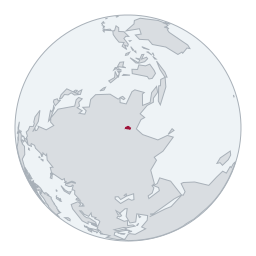 globe centered on Nagaland, rotated 237°
{"feature_id": "IND-2479", "entity_name": "Nagaland", "entity_type": "State", "adm_level": 1, "iso_a3": "IND", "parent_name": "India", "parent_adm1": "", "projection": "orthographic", "projection_center": [94.35, 26.119], "detail": "medium", "context": "on_globe", "style": "filled", "palette": "rose", "viewbox_px": 256, "rotation_deg": 237, "n_neighbors": 0, "source": "natural_earth", "source_scale": "10m", "svg_char_len": 10992}
<svg xmlns="http://www.w3.org/2000/svg" viewBox="0 0 256 256"><g transform="rotate(237 128 128)"><circle cx="128" cy="128" r="113" fill="#eef3f6" stroke="#a8b0b8"/><path d="M173.8,25.1L172.5,24.7L176.1,28.1L180.8,30.9L177.0,29.2L188.2,36.0L192.4,40.3L185.5,34.5L183.1,33.2L184.9,35.5L182.9,34.8L182.6,35.6L180.0,34.6L176.1,31.7L174.4,31.1L175.7,32.8L174.0,33.2L172.3,30.7L169.0,31.2L162.0,27.0L159.5,22.4L153.4,20.5L145.1,17.1L143.7,17.1L139.7,16.3L136.6,16.1L135.9,15.9L134.0,16.0L135.2,16.3L134.8,16.6L133.1,16.6L131.9,16.1L132.6,16.1L131.4,16.0L131.5,15.8L130.5,15.9L129.3,15.6L127.9,16.0L124.8,15.8L124.7,15.6L128.1,15.5L132.1,15.4L140.7,16.1L149.2,17.4L157.6,19.3L165.8,21.9L173.8,25.1ZM184.6,33.2L183.4,32.0L185.2,33.4L184.6,33.2ZM183.0,35.9L184.0,36.5L183.4,36.7L183.0,35.9ZM178.9,35.5L177.6,35.8L178.2,34.9L178.9,35.5ZM129.2,15.4L128.2,15.4L123.3,15.5L129.2,15.4ZM176.5,35.6L173.5,36.6L175.5,37.9L168.3,35.0L173.2,34.9L173.6,33.6L174.8,34.9L176.5,35.6ZM136.3,16.4L135.0,16.1L137.7,16.4L136.3,16.4ZM138.2,16.6L147.1,17.8L148.3,18.5L145.0,17.9L147.8,19.0L143.9,18.7L141.6,18.1L141.6,17.6L140.1,17.9L138.2,16.6ZM164.8,33.3L163.5,33.2L164.2,32.8L164.8,33.3ZM134.8,16.7L136.5,16.8L137.6,17.4L134.4,17.3L135.1,17.1L134.8,16.7ZM150.4,19.5L150.7,20.1L147.6,20.0L147.3,20.2L144.0,18.8L150.4,19.5ZM134.0,17.0L132.7,17.3L130.7,17.1L133.2,16.7L134.0,17.0ZM139.3,17.6L139.6,17.9L138.4,17.7L139.3,17.6ZM122.6,16.9L124.6,16.8L125.3,17.1L122.6,16.9ZM132.4,17.5L133.2,17.5L133.7,17.7L132.5,17.9L132.4,17.5ZM142.0,18.9L140.7,18.8L143.3,19.5L141.1,19.6L139.2,18.7L139.1,19.1L138.4,19.2L137.7,18.4L142.0,18.9ZM132.8,18.6L129.7,17.7L125.8,17.8L125.0,17.5L131.5,17.5L132.8,18.6ZM135.7,18.5L133.8,18.5L133.8,18.0L135.2,17.8L135.7,18.5ZM140.2,20.1L144.1,20.1L144.3,20.3L140.2,20.1ZM131.7,18.6L132.4,18.9L131.4,18.7L131.7,18.6ZM137.6,19.7L138.9,19.6L139.2,19.9L137.6,19.7ZM132.9,19.4L131.9,19.1L132.8,18.9L132.9,19.4ZM135.0,19.6L135.1,20.0L133.7,19.0L135.6,19.5L135.0,19.6ZM137.6,19.9L138.2,20.0L137.1,19.9L137.6,19.9ZM130.0,20.6L128.1,19.4L130.1,18.9L131.7,20.0L130.0,20.6ZM33.5,66.7L38.1,61.7L36.5,65.1L38.8,70.2L38.5,71.9L34.9,76.1L33.9,87.9L37.6,85.5L40.1,93.8L43.9,96.8L51.2,88.6L45.0,83.3L47.3,77.9L54.9,78.3L60.8,83.4L61.9,81.5L61.0,74.9L65.2,72.9L61.0,72.4L60.6,74.9L57.9,74.8L58.1,72.5L59.6,71.8L58.7,69.7L51.8,74.0L50.7,77.1L46.4,74.5L44.0,79.4L41.9,80.4L45.0,72.5L46.9,70.4L50.3,60.9L47.9,62.7L44.5,72.0L44.3,70.6L41.1,73.7L43.4,70.2L47.7,60.1L45.7,58.1L38.2,63.1L38.1,61.8L40.3,58.2L48.0,50.4L47.4,54.2L50.1,51.9L54.5,46.9L54.0,48.7L55.7,47.3L55.9,48.7L60.4,47.3L61.2,48.6L67.0,45.0L68.2,45.4L64.4,47.3L62.2,49.5L64.8,53.4L66.5,53.2L70.1,50.7L70.3,52.3L73.4,49.4L76.9,50.8L75.3,46.9L79.5,44.3L83.8,43.8L84.8,42.4L77.8,43.4L75.3,44.5L73.6,46.5L66.5,49.6L64.7,49.0L71.1,43.5L69.3,42.3L75.1,39.0L90.4,37.5L94.8,38.7L93.4,46.0L90.0,46.9L88.9,44.6L86.2,49.0L88.2,47.5L88.4,49.0L92.4,47.4L92.8,48.4L96.1,45.3L96.9,46.3L94.8,48.3L101.5,47.2L104.4,49.2L105.8,48.5L106.4,47.2L109.7,50.8L110.5,50.2L109.8,48.7L111.0,46.6L114.4,44.4L115.4,45.8L114.3,46.7L113.4,51.0L110.3,53.7L111.0,54.1L113.9,52.1L115.0,46.8L116.8,45.2L116.8,47.5L116.9,46.5L118.1,46.1L120.2,47.1L120.4,44.5L132.2,39.6L137.3,41.3L136.0,43.7L145.2,42.8L150.3,45.5L149.6,44.1L153.5,43.1L152.0,42.2L151.9,41.5L161.4,39.4L164.3,40.2L167.6,38.4L167.2,37.7L165.2,37.0L168.3,35.0L175.5,37.9L175.9,39.2L180.1,40.5L180.6,43.4L182.8,46.5L180.9,49.4L182.8,51.9L184.3,52.2L188.0,56.1L190.8,63.8L182.3,56.3L176.8,46.0L178.5,49.9L176.3,48.8L175.7,50.2L177.1,53.2L178.4,53.6L171.0,58.4L170.5,67.1L175.0,66.3L178.5,68.7L181.9,79.6L175.4,95.2L179.9,99.9L180.5,103.2L177.4,105.5L176.4,100.7L172.8,99.3L172.7,96.4L167.4,99.0L167.0,95.0L163.1,99.3L165.2,102.3L170.0,101.3L166.7,107.0L172.3,112.3L173.6,119.0L166.1,131.4L157.7,135.4L157.3,137.5L153.6,135.2L149.2,139.6L156.3,151.1L156.3,154.5L148.9,161.0L148.7,158.6L139.0,152.5L137.4,160.5L144.8,167.1L147.3,174.6L141.8,172.3L139.2,165.6L135.8,163.3L136.5,156.4L133.3,145.9L127.7,147.7L128.0,143.5L122.7,134.5L114.5,136.7L101.7,146.6L100.3,157.0L95.7,161.0L89.5,144.7L89.2,134.1L85.4,134.3L80.3,124.1L67.0,119.8L66.5,116.7L63.7,117.1L60.3,112.9L60.1,107.9L57.4,107.1L58.4,120.2L61.4,121.2L65.9,118.0L65.5,122.3L68.9,127.4L60.2,134.8L42.7,136.4L43.4,128.2L42.2,102.5L43.5,100.4L43.6,100.1L43.7,99.6L41.2,102.7L41.8,97.9L39.9,114.8L38.6,121.4L42.5,136.8L41.5,137.6L43.5,141.2L52.5,142.3L52.1,144.8L46.4,154.5L35.9,164.5L38.6,175.6L40.2,183.9L36.6,185.9L40.0,192.7L38.6,193.0L40.5,196.5L41.1,198.7L41.0,199.5L39.9,198.2L35.0,191.5L30.5,184.4L26.6,177.0L23.2,169.4L20.5,161.5L19.3,156.9L18.0,150.6L15.7,133.8L16.0,127.3L16.0,123.2L15.7,121.8L16.0,116.9L16.1,115.5L16.1,114.8L17.5,106.3L19.4,98.0L22.0,89.8L25.3,81.8L29.1,74.1L33.5,66.7ZM31.9,69.4L30.8,71.1L31.9,69.4ZM64.7,94.0L69.8,96.9L71.6,89.9L73.8,90.6L73.6,88.1L71.7,89.4L72.0,82.9L75.7,82.4L77.2,79.7L75.5,78.6L68.7,80.7L68.3,89.9L65.4,91.7L64.7,94.0ZM65.0,39.2L63.7,40.6L61.6,41.7L60.5,40.9L63.6,39.2L65.0,39.2ZM62.3,42.5L68.9,37.8L69.9,38.3L68.2,38.8L68.2,39.6L65.5,40.6L59.9,46.1L57.6,47.5L57.0,44.8L58.4,44.8L59.6,43.2L62.3,42.5ZM84.3,27.4L87.2,26.1L85.4,28.9L82.9,29.8L81.7,28.8L84.0,27.2L84.3,27.4ZM120.2,15.9L121.4,15.8L121.7,15.8L120.9,16.0L120.2,15.9ZM113.1,16.4L119.0,15.7L122.0,15.5L118.5,15.8L118.2,16.0L119.0,16.1L123.5,16.2L130.0,16.1L130.7,16.6L129.5,17.0L128.1,17.0L128.1,16.6L126.2,17.1L125.0,16.6L123.5,16.8L115.2,16.8L116.2,16.5L110.1,17.2L110.4,16.9L114.3,16.4L109.9,16.8L113.5,16.3L111.6,16.6L113.1,16.4ZM115.1,25.0L115.7,23.8L111.7,25.9L110.5,24.9L110.1,25.2L107.9,24.9L104.6,25.1L104.6,24.6L103.3,24.9L101.9,24.9L100.1,25.2L99.4,24.5L97.2,24.9L98.1,24.3L94.5,25.3L96.9,24.3L95.2,24.3L93.8,25.3L94.4,21.6L92.9,21.5L90.2,22.0L94.7,20.5L100.0,19.1L105.1,18.4L106.0,19.0L107.8,18.4L108.8,18.6L106.9,19.0L110.4,18.5L110.7,18.8L115.2,19.0L120.0,18.4L121.8,18.6L120.0,19.1L123.0,19.0L120.9,20.0L122.1,20.3L121.3,21.6L117.3,22.5L118.9,22.7L118.4,24.0L115.1,25.0ZM129.6,20.9L125.1,21.9L122.2,21.9L124.8,19.5L124.0,19.2L125.6,18.0L129.8,18.1L128.9,18.4L129.1,18.7L127.7,18.5L128.9,19.0L127.8,19.4L128.4,19.9L126.8,20.1L129.6,20.9ZM40.3,71.1L40.5,72.1L41.2,73.0L39.2,75.1L40.3,71.1ZM43.1,64.2L43.6,64.5L41.1,67.7L40.9,66.9L43.1,64.2ZM46.0,62.2L43.8,64.3L44.9,62.7L46.0,62.2ZM65.1,47.6L65.8,47.9L65.1,48.6L63.7,49.2L65.1,47.6ZM102.9,32.0L103.7,31.1L104.5,31.1L107.9,29.5L109.0,30.3L107.4,31.5L102.9,32.0ZM48.9,89.3L46.6,90.2L46.6,88.8L47.4,88.8L48.9,89.3ZM41.7,82.3L42.3,85.1L41.1,82.9L41.7,82.3ZM104.7,32.6L106.0,31.8L105.8,32.8L104.7,32.6ZM110.0,30.8L110.1,31.7L109.5,30.2L110.0,30.8ZM96.0,233.5L98.3,234.4L96.6,234.1L96.0,233.5ZM52.7,189.1L53.0,201.2L49.4,199.4L46.8,194.8L45.3,186.9L48.7,186.4L49.9,183.3L52.7,189.1ZM174.3,189.2L177.4,189.2L177.2,189.7L174.3,189.2ZM171.1,188.1L174.7,187.8L170.4,189.2L171.1,188.1ZM176.1,187.7L179.7,186.3L181.3,185.4L181.0,186.3L176.1,187.7ZM168.6,188.4L154.9,189.4L149.4,188.4L150.7,186.7L159.6,186.7L168.6,188.4ZM150.3,186.7L141.8,182.1L129.8,167.7L134.1,168.1L146.6,176.7L145.8,178.2L150.9,181.9L150.3,186.7ZM170.6,176.5L169.7,181.0L162.2,181.3L158.8,180.8L156.4,175.3L157.7,172.3L160.6,172.2L171.3,161.2L175.1,163.3L171.9,167.9L175.0,171.5L170.6,176.5ZM100.8,158.1L103.4,164.6L100.9,165.3L100.8,158.1ZM175.4,153.5L171.2,158.5L175.0,152.1L175.4,153.5ZM177.4,147.6L177.8,149.8L176.0,147.8L177.4,147.6ZM157.4,140.8L154.4,141.5L154.2,139.8L157.9,138.0L157.4,140.8ZM174.5,124.7L174.9,129.6L174.4,131.4L172.9,128.5L174.5,124.7ZM116.2,40.4L110.1,41.5L106.6,43.3L105.7,45.6L104.3,43.0L109.9,40.2L116.2,40.4ZM130.1,39.4L130.8,37.7L132.2,38.3L132.2,38.8L130.1,39.4ZM129.3,38.5L127.0,36.6L128.5,35.6L130.0,37.2L129.3,38.5ZM115.6,34.1L113.8,34.3L114.0,33.5L115.6,34.1ZM192.1,220.0L193.8,217.9L196.9,216.3L194.0,218.7L192.1,220.0ZM185.8,214.6L165.0,223.3L160.9,223.2L162.9,221.0L160.9,214.6L162.3,214.6L162.5,209.9L175.3,203.8L184.8,193.9L190.8,193.2L196.1,185.9L202.0,184.8L199.6,190.2L205.0,191.7L210.5,179.2L212.0,189.7L214.7,191.9L213.4,198.0L201.9,211.7L196.9,215.4L196.8,214.9L194.5,216.6L192.1,217.3L192.4,214.6L190.1,216.2L193.1,213.2L189.4,216.2L188.9,214.5L185.8,214.6ZM227.2,178.9L227.6,178.7L227.6,179.8L227.0,180.3L227.2,178.9ZM231.5,169.7L231.6,170.2L231.3,170.7L231.5,169.7ZM231.4,169.7L231.9,168.3L231.6,169.5L231.4,169.7ZM230.1,165.7L230.5,164.8L230.6,165.2L230.1,165.7ZM181.9,188.6L186.4,184.6L188.7,183.9L181.9,188.6ZM229.8,164.8L228.9,165.4L229.0,164.7L229.8,164.8ZM230.0,163.3L230.0,162.4L230.3,164.1L230.0,163.3ZM228.4,162.4L229.4,163.3L228.3,162.7L228.4,162.4ZM227.7,163.1L226.9,162.9L227.0,162.6L227.7,163.1ZM216.9,169.7L220.2,173.6L217.2,174.8L214.0,172.8L211.0,177.0L204.4,178.5L206.1,176.1L205.3,173.3L198.1,173.9L196.7,172.2L199.4,170.2L194.5,169.7L199.8,167.6L201.9,171.2L204.9,167.2L209.8,166.6L214.4,166.5L217.8,168.2L216.9,169.7ZM199.6,176.7L200.5,176.5L199.7,177.9L199.6,176.7ZM225.3,161.6L226.5,162.9L226.3,163.5L225.7,163.5L225.3,161.6ZM218.6,167.2L222.4,162.2L223.2,161.8L220.7,166.8L218.6,167.2ZM221.6,160.3L223.3,160.0L224.0,161.6L223.7,162.2L221.6,160.3ZM188.7,175.2L188.4,176.4L187.0,175.8L188.7,175.2ZM190.6,174.2L194.8,174.6L190.1,175.2L190.6,174.2ZM177.1,172.2L178.4,174.8L182.6,172.5L179.4,175.5L182.1,179.6L181.1,181.4L178.4,176.9L177.3,182.1L175.4,182.2L174.5,178.0L176.4,172.5L178.3,170.0L185.8,168.0L177.1,172.2ZM190.6,170.8L189.4,167.8L190.3,165.4L191.5,166.9L190.6,170.8ZM185.8,160.4L182.5,157.1L179.7,159.0L185.3,152.7L187.5,157.0L185.8,160.4ZM182.8,152.4L180.2,154.1L182.8,150.5L182.8,152.4ZM179.4,152.9L179.0,150.2L181.1,150.3L179.4,152.9ZM184.2,152.3L184.4,147.6L185.7,150.2L184.2,152.3ZM177.6,144.2L182.5,148.1L176.4,146.9L175.4,138.0L178.0,137.5L177.6,144.2ZM187.2,105.9L186.2,103.5L188.3,102.5L188.4,104.5L187.2,105.9ZM194.2,98.0L188.5,101.5L183.8,104.6L185.6,105.6L185.2,110.1L182.1,106.4L184.8,101.1L188.5,99.5L188.4,95.8L190.7,92.9L189.1,88.6L189.8,86.5L192.4,90.1L194.2,98.0ZM188.2,86.8L186.3,79.2L190.5,79.6L191.9,81.3L191.0,84.6L188.8,84.2L188.2,86.8ZM187.0,77.6L184.9,77.2L177.5,67.0L177.0,65.0L184.9,72.5L183.3,72.6L184.3,75.2L187.0,77.6ZM164.3,33.9L163.6,33.3L164.9,33.7L164.3,33.9ZM151.0,41.0L151.2,40.1L152.6,40.5L151.0,41.0ZM152.4,37.9L150.6,38.1L152.1,37.3L152.4,37.9ZM146.7,38.7L149.7,37.9L147.4,39.5L146.7,38.7Z" fill="#d9dde1" stroke="#a8b0b8" stroke-width="1"/><path d="M129.6,127.0L129.5,126.9L129.4,127.0L129.2,127.3L129.3,127.4L129.2,127.6L129.2,127.8L129.3,127.8L129.3,128.0L129.3,128.3L129.1,128.4L129.1,128.5L129.1,128.8L128.9,129.0L128.7,129.2L128.6,129.3L128.4,129.2L128.4,128.9L128.2,129.0L127.7,129.2L127.4,129.1L127.0,129.1L127.0,129.3L126.9,129.5L126.7,129.8L126.6,129.7L126.4,129.6L126.4,129.4L126.2,129.2L126.3,129.0L126.5,128.8L126.6,128.7L126.9,128.5L126.8,128.4L127.0,128.3L127.0,128.5L127.3,128.5L127.4,128.3L127.3,128.2L127.4,127.9L127.6,127.6L127.7,127.3L127.9,127.1L127.9,127.3L128.0,127.3L128.1,127.2L128.2,126.9L128.3,126.9L128.6,126.8L128.7,126.7L128.8,126.6L128.9,126.4L129.0,126.4L129.4,126.3L129.4,126.2L129.5,126.3L129.5,126.5L129.5,126.8L129.6,127.0Z" fill="#f43f5e" stroke="#9f1239" stroke-width="1.5"/></g></svg>